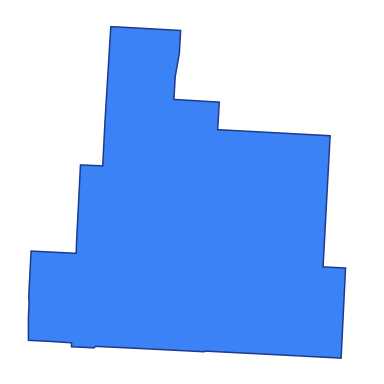 Lincoln, New Mexico, United States of America (Albers equal-area conic projection), rotated 93°
{"feature_id": "52423323B6872009723033", "entity_name": "Lincoln", "entity_type": "district", "adm_level": 2, "iso_a3": "USA", "parent_name": "United States of America", "parent_adm1": "New Mexico", "projection": "albers", "projection_center": [-105.442, 33.739], "detail": "fine", "context": "isolated", "style": "filled", "palette": "blue", "viewbox_px": 384, "rotation_deg": 93, "n_neighbors": 0, "source": "geoboundaries", "source_scale": "gbopen_adm2", "svg_char_len": 603}
<svg xmlns="http://www.w3.org/2000/svg" viewBox="0 0 384 384"><g transform="rotate(93 192 192)"><path d="M350.1,34.4L259.9,34.7L259.9,57.2L128.6,57.0L128.4,169.6L100.8,169.5L100.7,189.5L100.5,214.9L77.8,214.8L54.1,211.9L31.3,211.8L31.1,258.6L31.1,281.7L36.7,281.8L126.3,282.6L169.1,282.5L170.6,282.5L170.8,304.8L245.3,304.7L259.3,304.5L259.4,349.6L304.7,349.6L312.0,348.9L326.8,348.8L348.7,347.6L348.6,326.3L348.9,304.3L352.9,304.3L352.8,293.5L352.8,281.6L351.2,280.3L351.0,236.7L351.0,229.4L350.9,171.8L350.2,169.9L350.1,101.4L350.1,34.4Z" fill="#3b82f6" stroke="#1e3a8a" stroke-width="1.5"/></g></svg>